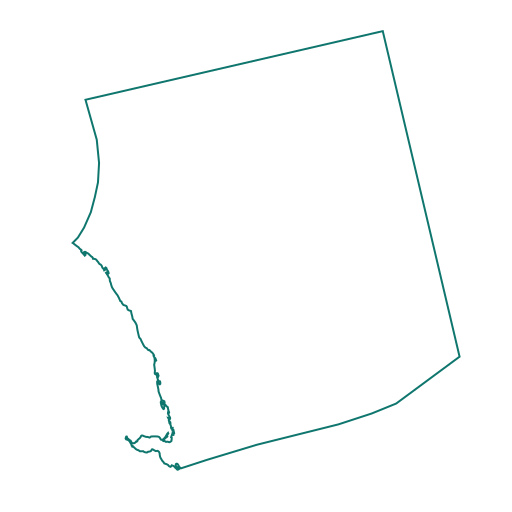 the district of Shallatin, Al Bahr al Ahmar, Egypt, rotated 167°
{"feature_id": "37247803B26246524516343", "entity_name": "Shallatin", "entity_type": "district", "adm_level": 2, "iso_a3": "EGY", "parent_name": "Egypt", "parent_adm1": "Al Bahr al Ahmar", "projection": "natural_earth1", "projection_center": [35.577, 23.072], "detail": "fine", "context": "isolated", "style": "outline", "palette": "teal", "viewbox_px": 512, "rotation_deg": 167, "n_neighbors": 0, "source": "geoboundaries", "source_scale": "gbopen_adm2", "svg_char_len": 5644}
<svg xmlns="http://www.w3.org/2000/svg" viewBox="0 0 512 512"><g transform="rotate(167 256 256)"><path d="M431.7,310.0L431.4,309.7L430.2,308.2L428.4,306.0L427.0,304.5L426.4,303.2L425.9,302.4L425.0,301.5L424.7,300.9L425.2,300.6L425.3,299.8L425.0,298.9L424.3,297.8L423.7,296.7L423.2,296.3L423.2,295.7L422.8,294.9L422.0,295.3L421.7,295.9L421.6,296.7L421.9,296.8L422.5,296.5L423.0,296.8L423.2,297.3L423.3,297.8L423.0,298.3L422.1,298.6L421.3,298.4L420.6,297.6L420.2,297.2L418.7,295.9L418.1,294.8L417.2,293.5L416.5,292.4L415.8,291.8L415.5,291.2L415.5,290.0L414.5,289.7L413.1,289.0L412.4,288.2L411.7,286.5L411.2,285.8L410.9,284.8L410.3,283.4L409.5,282.8L409.1,282.3L408.6,281.3L408.3,279.2L407.6,278.0L407.2,277.0L407.0,276.7L407.1,276.2L406.7,276.2L406.5,276.3L406.4,276.5L406.2,276.9L406.2,277.7L406.2,278.0L405.7,278.3L405.7,277.5L405.2,277.8L404.7,278.1L404.5,277.8L404.9,277.5L404.5,276.6L403.8,275.0L403.4,273.3L403.5,272.3L404.2,271.9L404.8,272.0L405.0,273.1L405.4,273.6L405.9,273.4L405.7,272.8L405.2,271.6L404.8,270.5L404.3,268.5L403.6,267.0L404.0,264.6L403.6,262.3L403.6,260.8L403.4,258.2L402.9,256.5L401.6,253.1L400.9,251.4L399.7,248.7L399.0,246.0L398.6,244.0L398.4,242.7L397.4,241.9L397.2,240.2L396.2,238.1L395.0,237.4L393.6,236.5L393.3,235.6L393.2,234.1L393.1,232.7L392.3,231.8L391.6,231.4L390.2,230.5L390.3,228.3L390.2,225.1L390.3,222.4L389.5,220.7L388.5,218.3L387.8,215.3L388.1,211.7L388.2,209.3L388.2,204.7L388.1,202.8L387.1,201.0L386.7,198.7L386.0,195.9L385.3,193.3L384.5,191.8L383.1,190.6L382.5,189.1L382.0,188.5L381.0,188.3L380.0,186.6L378.8,185.1L378.0,183.2L377.7,182.2L378.3,181.8L378.1,180.8L377.7,180.0L377.1,179.0L376.9,177.8L376.8,176.6L377.4,176.4L377.6,177.1L377.6,178.1L377.7,178.8L377.9,178.9L378.0,178.2L378.1,177.2L378.7,175.0L379.7,172.9L379.9,170.3L380.1,168.3L380.3,166.9L381.0,164.8L381.0,163.9L380.4,163.3L380.1,163.0L379.8,163.1L379.3,164.1L378.7,164.1L378.1,163.6L377.9,161.2L378.2,160.9L378.4,160.6L378.8,161.2L378.7,162.2L379.0,162.6L379.3,162.4L379.6,160.2L379.4,157.6L378.8,155.9L377.7,155.4L377.7,154.3L378.0,153.0L378.6,152.6L379.3,153.3L379.8,154.3L379.9,155.1L380.1,155.9L380.3,156.1L380.6,155.8L381.0,153.7L381.1,148.2L381.4,145.8L381.0,142.5L380.4,138.8L380.5,137.9L380.4,136.9L379.6,136.3L378.7,135.6L378.0,135.1L378.0,133.8L378.3,133.0L378.8,133.0L379.2,133.7L379.6,133.7L379.7,133.0L380.2,132.5L380.7,133.0L380.9,134.0L380.8,134.7L380.5,135.4L381.0,135.9L381.7,135.0L381.8,133.5L381.8,131.2L381.4,129.6L381.0,128.4L380.6,127.7L379.9,127.9L379.5,129.5L379.0,130.4L378.8,131.3L378.4,131.7L377.9,131.5L377.4,130.7L377.0,129.7L376.0,128.6L376.1,124.9L375.8,123.3L376.2,122.7L376.5,123.0L376.9,123.3L377.2,122.5L377.0,121.1L376.7,119.8L376.4,119.0L376.1,117.9L376.2,117.0L376.6,116.5L377.0,116.9L377.4,117.7L378.0,118.0L377.7,116.8L377.7,115.7L378.0,115.2L377.8,114.2L378.0,112.9L377.8,112.3L377.3,112.4L377.3,113.3L377.2,113.8L376.9,113.4L377.0,112.2L377.3,110.6L377.2,109.5L377.0,108.8L377.4,108.1L377.3,106.9L376.9,106.6L376.5,107.0L376.0,107.1L375.9,107.1L376.2,106.1L376.4,105.8L376.7,105.6L376.7,105.1L375.6,105.0L375.6,103.4L375.6,101.7L376.1,101.2L376.3,101.8L376.4,102.5L376.9,102.8L377.4,101.8L377.2,101.2L377.1,100.4L377.4,100.5L378.0,100.8L378.6,99.9L379.1,99.0L379.4,98.7L379.5,98.5L379.0,98.0L379.2,97.1L379.6,95.9L380.1,94.7L380.6,94.5L380.9,94.4L382.0,94.0L382.9,94.3L383.7,94.9L384.6,95.1L385.5,95.1L386.0,95.7L386.6,96.2L387.3,96.3L387.8,96.5L388.2,96.9L388.3,97.3L388.0,97.6L387.1,97.8L386.2,98.4L385.2,99.1L384.6,99.3L383.4,99.8L383.1,100.0L382.9,100.2L383.0,100.7L383.7,100.8L383.1,101.3L382.5,101.9L381.4,102.8L381.5,103.4L382.5,102.7L383.8,101.3L384.9,100.1L386.3,99.1L387.0,98.6L388.1,98.1L389.2,98.1L389.8,98.3L390.2,99.1L390.5,100.3L391.2,101.5L392.3,102.2L394.4,102.8L398.0,103.6L399.0,103.7L399.7,103.3L400.5,103.0L401.5,103.6L402.3,104.1L403.6,104.4L404.5,104.9L405.8,105.7L406.8,106.5L407.7,106.8L408.4,106.5L409.4,105.3L410.5,104.5L411.6,104.0L413.0,103.1L413.2,102.4L414.1,101.9L414.5,102.2L414.9,101.9L415.7,101.4L416.2,101.1L416.9,101.0L418.3,101.4L419.1,101.8L419.5,102.1L419.8,102.7L419.7,103.2L419.4,103.4L419.8,104.4L420.5,105.0L421.0,105.6L421.6,106.6L422.1,106.9L422.5,107.2L422.5,107.7L422.4,108.5L422.6,109.2L423.1,109.2L423.6,108.5L424.1,107.4L423.8,106.6L423.1,106.1L422.0,105.5L421.3,104.6L420.7,103.4L420.4,102.2L420.0,101.2L419.8,100.0L419.8,99.2L419.4,99.0L418.9,98.8L418.9,98.3L419.2,98.0L418.0,97.2L417.5,96.4L416.4,94.8L415.2,93.7L414.2,93.2L413.7,92.6L413.3,92.0L412.4,91.7L411.4,91.5L410.5,91.3L409.9,91.2L409.1,90.3L408.2,89.7L407.2,89.3L406.4,89.1L405.8,89.2L405.4,89.5L404.6,89.5L404.0,89.4L402.8,89.5L402.2,89.7L401.7,90.1L401.4,90.5L401.1,90.9L400.8,91.0L400.5,91.0L400.1,90.8L399.5,90.2L398.8,89.5L397.7,88.6L397.4,88.4L396.7,88.4L395.8,88.3L395.3,87.9L394.7,87.2L394.4,86.2L394.3,85.3L394.5,84.2L394.6,82.5L394.5,81.0L393.9,79.2L393.4,77.5L392.7,76.4L392.2,75.2L392.0,74.5L391.0,73.9L390.0,73.3L388.8,72.3L388.1,70.9L387.5,70.3L386.7,69.8L386.1,70.1L385.2,71.0L384.4,70.5L383.4,69.8L382.6,68.5L382.1,67.6L381.4,66.7L381.1,66.2L380.7,65.5L380.4,65.4L380.0,65.4L379.5,65.5L378.9,65.8L378.5,65.9L378.3,66.0L378.2,66.3L378.3,66.7L378.5,66.9L378.9,66.7L379.3,66.8L379.5,67.2L379.8,67.5L380.3,68.0L380.8,68.4L381.1,68.7L381.3,69.6L381.2,70.3L381.0,71.1L380.7,71.3L380.3,71.5L379.6,71.3L379.2,70.9L379.0,70.4L378.7,69.6L378.5,68.8L378.4,68.2L378.3,67.8L378.1,67.5L377.6,67.0L377.3,66.6L376.8,66.0L376.7,66.0L349.7,68.4L297.5,71.9L213.6,73.4L178.8,76.5L152.6,80.7L80.3,112.1L81.9,446.6L387.0,446.6L385.0,405.1L388.0,381.9L393.4,363.3L399.7,349.8L407.1,335.8L417.1,322.4L425.4,314.0L431.7,310.0Z" fill="none" stroke="#0f766e" stroke-width="2"/></g></svg>